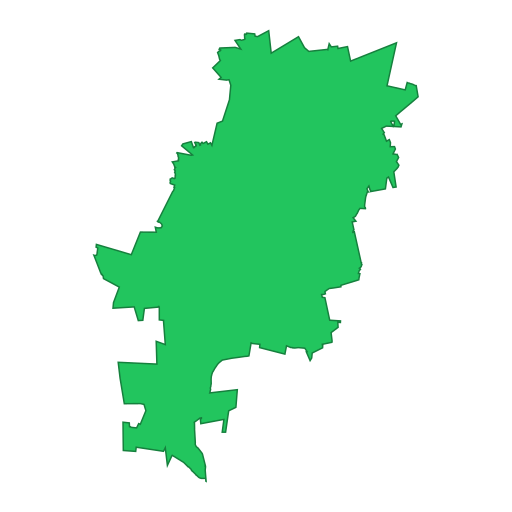 City of Johannesburg, Gauteng, South Africa
{"feature_id": "47623444B15418766532839", "entity_name": "City of Johannesburg", "entity_type": "district", "adm_level": 2, "iso_a3": "ZAF", "parent_name": "South Africa", "parent_adm1": "Gauteng", "projection": "mercator", "projection_center": [27.967, -26.215], "detail": "fine", "context": "isolated", "style": "filled", "palette": "green", "viewbox_px": 512, "rotation_deg": 0, "n_neighbors": 0, "source": "geoboundaries", "source_scale": "gbopen_adm2", "svg_char_len": 5840}
<svg xmlns="http://www.w3.org/2000/svg" viewBox="0 0 512 512"><path d="M396.5,42.8L350.6,61.1L347.5,46.6L338.0,48.5L337.6,46.2L331.3,46.9L329.2,43.7L327.8,49.7L327.5,49.4L327.4,49.4L308.8,51.4L304.5,47.7L298.5,36.7L271.2,53.2L268.7,30.7L257.6,36.6L255.1,36.2L254.7,33.9L246.8,33.1L246.7,33.8L246.5,34.1L246.2,34.4L245.9,34.4L245.7,34.4L245.1,34.1L245.0,33.9L244.6,34.2L244.5,34.5L244.5,35.1L244.5,35.7L244.6,35.9L244.6,37.4L244.7,38.0L245.0,38.9L244.8,39.2L244.5,39.4L242.2,40.1L241.3,40.3L240.0,39.6L235.0,40.4L240.8,49.1L235.2,47.4L220.4,48.0L219.7,48.1L219.2,49.4L219.4,49.4L220.7,50.0L220.6,50.5L220.2,50.8L219.4,51.1L218.7,51.5L217.6,52.5L218.8,55.8L219.6,59.3L220.4,60.5L212.7,67.9L221.1,77.4L219.0,79.2L226.5,80.1L229.0,79.7L229.9,82.4L230.8,85.3L229.5,99.1L229.5,99.6L222.5,121.1L217.1,123.2L211.9,145.4L210.5,142.8L207.9,144.2L206.5,141.7L203.1,143.5L202.0,142.2L201.8,142.3L200.2,144.2L200.5,145.0L199.9,145.3L198.8,142.6L195.2,142.2L194.7,142.5L195.6,144.4L195.9,144.3L196.2,145.3L195.9,145.5L196.1,145.9L194.0,147.1L194.2,147.5L193.5,147.7L191.3,141.6L182.9,143.9L181.6,145.8L192.6,155.0L191.2,155.3L177.1,152.6L176.8,153.0L177.3,153.3L177.5,153.5L177.6,154.1L178.1,155.4L178.0,155.7L178.0,156.0L178.4,157.2L178.6,157.4L178.5,158.5L178.6,159.1L178.3,159.4L178.5,160.3L178.0,160.7L178.1,160.9L172.3,161.9L173.8,164.2L174.6,166.5L175.2,167.2L174.9,167.2L174.8,167.3L174.8,167.7L174.9,168.0L175.0,168.3L174.9,168.9L174.7,169.0L174.3,169.7L174.5,170.0L175.1,170.6L175.3,171.0L175.2,171.3L174.7,172.1L174.8,172.2L174.7,172.3L175.0,172.8L175.0,173.2L175.4,173.8L175.4,174.2L175.3,174.6L175.4,175.1L175.2,175.3L175.4,175.6L175.4,176.1L175.2,176.4L175.1,176.9L175.1,177.1L175.2,177.3L175.1,177.9L175.1,178.1L174.7,178.2L174.5,178.5L174.3,178.4L174.0,178.5L173.8,178.4L173.7,178.4L172.7,178.0L172.3,177.9L171.6,178.2L170.6,179.0L170.2,179.1L170.2,179.9L170.1,180.1L170.2,180.6L170.6,181.2L170.2,182.1L170.1,182.8L170.3,183.5L174.7,185.1L174.0,187.3L174.6,187.5L173.6,190.5L172.6,191.7L157.9,221.0L157.4,221.3L157.6,221.6L158.7,222.2L158.8,222.2L159.3,222.1L159.6,222.2L160.5,223.0L161.2,223.5L161.7,224.2L162.0,225.0L162.0,225.4L162.2,225.7L162.3,225.9L162.1,226.5L161.7,227.0L161.4,227.1L161.1,227.8L158.2,227.9L157.2,227.8L155.3,227.2L156.3,232.2L140.4,232.1L131.3,254.7L96.4,244.4L96.1,247.2L97.8,248.0L97.1,252.8L97.3,252.9L96.6,255.2L94.8,255.5L93.9,255.2L100.8,273.1L101.8,274.2L101.5,274.4L103.1,275.9L103.5,278.6L119.3,287.1L113.5,302.6L113.0,308.2L134.2,306.9L138.3,320.6L142.8,320.3L144.4,308.4L158.3,307.1L158.4,306.5L158.6,306.4L159.0,306.5L159.2,307.0L159.3,308.0L159.3,319.9L163.6,320.4L163.5,320.9L165.3,344.6L156.2,341.3L156.9,364.1L118.2,362.3L120.1,378.3L124.3,403.7L140.5,403.6L144.0,404.4L145.9,410.7L140.3,424.3L138.7,423.6L136.6,427.9L131.8,427.4L130.4,427.0L130.3,426.7L130.1,426.6L129.9,426.8L129.5,426.7L129.3,422.9L123.0,422.2L123.3,450.5L135.7,451.4L136.2,447.2L163.5,451.3L165.3,447.7L167.4,465.4L172.0,455.5L172.2,455.3L183.7,462.4L188.2,466.9L188.6,466.8L191.3,469.5L191.3,470.0L192.0,470.7L192.3,471.3L192.8,471.5L195.7,474.4L195.9,474.8L196.0,475.0L196.5,475.2L198.5,477.1L199.0,477.5L200.0,478.0L201.4,478.4L202.1,478.4L205.7,478.4L205.9,481.2L206.1,481.3L205.2,470.1L205.5,467.3L205.5,466.2L205.1,466.0L205.3,465.4L202.6,454.6L202.3,453.7L201.8,452.9L198.3,448.4L197.9,447.9L196.5,446.9L196.1,446.4L195.3,444.6L195.2,444.1L195.3,442.5L194.5,428.4L194.6,429.1L194.5,423.5L194.2,422.3L195.8,421.2L198.7,419.0L199.2,418.6L199.6,418.2L201.4,417.8L201.4,418.5L200.4,419.4L200.8,423.7L222.2,419.7L223.9,419.5L222.2,432.2L225.6,432.2L227.8,416.8L228.7,410.8L235.9,407.3L237.3,389.7L209.8,392.9L210.1,392.1L210.1,391.3L210.5,390.0L210.6,389.2L210.4,388.6L210.3,388.0L210.8,386.4L210.9,385.2L211.2,383.8L211.1,379.1L211.3,376.6L212.0,373.8L212.6,372.1L213.3,371.1L214.6,368.7L217.3,364.7L218.1,363.7L219.2,362.6L221.8,360.5L222.2,360.1L231.9,358.2L237.3,357.5L245.0,356.4L246.8,356.3L248.9,355.9L251.1,342.9L252.4,343.5L259.9,344.3L259.6,347.6L284.9,354.1L286.5,345.8L291.0,347.6L291.4,347.5L292.9,347.7L292.9,347.9L294.8,348.0L298.3,347.6L304.8,348.2L305.9,349.8L307.1,351.6L306.3,351.8L310.1,360.6L311.7,358.0L312.2,353.0L322.6,347.8L322.7,345.9L322.6,346.0L322.3,344.3L331.9,342.3L332.1,341.2L331.1,332.6L338.1,327.3L338.0,326.0L337.8,322.3L340.4,322.5L340.5,320.9L329.7,320.2L324.9,297.7L322.3,297.3L321.6,294.5L323.7,294.4L325.4,293.8L324.9,291.7L325.1,291.4L329.1,288.5L333.2,288.0L340.9,286.8L340.9,285.3L358.8,279.8L359.0,278.1L359.0,277.9L359.1,277.6L359.9,273.7L358.4,273.5L359.1,270.9L360.0,269.8L359.8,269.8L360.1,268.1L359.6,268.0L361.1,266.8L361.8,264.8L361.5,264.8L361.5,262.8L361.2,262.8L354.3,231.7L352.9,232.4L352.8,232.2L353.4,230.3L353.6,229.9L353.9,229.7L352.2,221.9L355.9,221.2L353.1,217.7L353.5,217.5L355.4,216.3L357.0,213.5L357.2,213.4L358.7,210.1L359.3,209.3L359.9,208.4L366.1,208.7L365.3,208.5L365.3,207.6L364.7,206.9L364.6,206.5L364.7,204.5L365.6,197.6L365.8,196.6L367.3,192.0L368.3,192.0L366.9,188.8L368.9,186.0L370.0,189.8L370.7,190.5L370.4,191.6L385.4,188.9L386.8,178.2L388.5,177.0L393.0,187.5L396.1,187.0L393.8,171.8L397.2,168.3L397.2,168.0L398.0,167.3L398.9,165.2L396.7,161.9L396.6,162.0L396.4,161.7L398.6,157.5L397.1,154.4L396.8,154.5L393.0,153.9L395.4,149.0L394.5,146.6L390.2,146.7L390.5,142.7L389.3,139.6L386.5,141.2L384.1,134.8L383.1,134.1L384.3,132.7L381.6,128.4L386.3,126.1L392.4,126.4L392.7,126.5L392.5,125.4L392.5,125.0L392.5,124.8L392.5,124.7L392.3,124.6L392.1,124.3L390.8,121.8L390.7,121.4L390.8,121.3L391.1,121.1L391.7,121.1L394.0,121.1L394.6,121.3L393.8,126.5L401.0,126.9L401.9,123.9L400.6,124.4L395.7,115.8L399.9,112.2L413.5,100.8L417.5,97.3L417.7,97.1L418.1,96.8L416.2,85.6L415.7,85.6L414.7,85.3L413.0,84.4L412.2,84.1L410.7,83.7L409.9,83.5L409.5,83.2L408.2,83.0L407.2,82.5L405.2,89.9L387.0,85.8L396.5,42.8Z" fill="#22c55e" stroke="#15803d" stroke-width="1.5"/></svg>